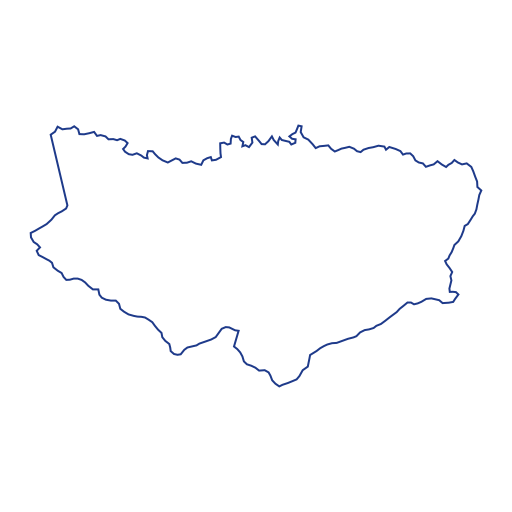 Boa Esperança do Sul, São Paulo, Brazil (Mercator projection)
{"feature_id": "56859067B58098151233550", "entity_name": "Boa Esperança do Sul", "entity_type": "district", "adm_level": 2, "iso_a3": "BRA", "parent_name": "Brazil", "parent_adm1": "São Paulo", "projection": "mercator", "projection_center": [-48.46, -21.949], "detail": "fine", "context": "isolated", "style": "outline", "palette": "blue", "viewbox_px": 512, "rotation_deg": 0, "n_neighbors": 0, "source": "geoboundaries", "source_scale": "gbopen_adm2", "svg_char_len": 3691}
<svg xmlns="http://www.w3.org/2000/svg" viewBox="0 0 512 512"><path d="M331.1,148.8L328.3,145.4L323.9,145.9L319.6,146.3L315.7,148.1L312.7,144.3L308.3,139.6L303.6,137.3L300.7,132.1L301.6,126.3L298.4,125.6L296.8,129.6L295.5,132.6L292.4,134.1L289.4,136.4L292.1,138.8L295.6,139.3L295.3,142.8L291.3,144.5L289.3,141.8L285.9,141.0L281.8,140.0L279.7,137.5L278.2,141.1L277.8,144.5L273.7,140.0L271.9,136.4L268.4,141.2L265.0,144.3L261.6,144.1L259.1,141.0L255.1,136.4L251.7,137.7L252.4,142.6L249.0,147.1L245.4,145.2L242.4,146.3L243.3,142.0L240.5,140.0L238.7,136.6L235.6,137.0L232.1,135.7L230.9,138.9L230.6,143.6L227.4,144.5L224.1,142.6L220.2,143.3L220.3,148.7L220.5,153.4L221.0,157.1L216.0,159.8L211.9,160.4L210.8,157.1L207.2,158.2L203.4,160.3L201.2,164.8L195.9,163.6L191.2,161.3L187.0,162.7L182.4,162.9L179.5,159.6L175.7,158.4L167.8,162.5L162.5,160.3L158.3,157.4L155.0,154.1L152.7,151.3L148.0,151.1L146.9,155.2L147.6,158.4L143.9,157.6L141.2,155.5L136.8,153.3L132.5,154.8L128.8,154.2L125.0,151.7L123.1,149.0L125.5,146.6L127.6,143.1L124.8,140.5L120.3,138.9L117.1,140.2L113.3,139.1L108.5,139.3L105.5,136.4L100.6,135.1L97.0,135.9L94.1,131.9L89.3,133.2L84.1,134.3L79.4,134.1L78.1,129.3L74.2,126.3L70.6,128.5L66.9,128.7L62.4,129.3L57.6,126.7L55.0,131.7L50.7,134.7L67.4,205.4L66.1,208.5L61.7,211.4L58.1,213.2L54.9,215.3L51.4,219.7L46.6,224.1L42.4,226.6L39.2,228.4L35.1,230.8L30.7,233.0L31.0,237.4L33.7,242.0L37.2,244.3L40.0,247.4L36.7,250.8L38.7,255.1L42.5,257.0L46.5,259.2L49.4,260.7L52.0,262.8L53.4,267.3L57.7,270.7L61.6,273.0L63.6,277.0L66.3,279.9L69.9,279.7L73.7,278.6L77.7,278.6L81.6,279.9L85.1,282.4L88.3,285.8L92.9,289.4L98.3,289.4L99.4,294.7L101.8,297.7L105.9,299.7L110.9,300.6L115.8,300.6L119.0,303.8L120.3,308.8L124.0,311.7L128.5,314.4L133.8,315.9L137.4,316.6L141.3,316.8L145.0,317.5L148.5,319.6L152.3,322.2L154.8,325.7L158.0,329.6L161.5,332.9L162.3,337.2L165.3,340.9L169.3,344.0L170.2,347.5L170.7,351.1L174.0,354.0L177.5,354.8L180.7,354.3L184.3,349.8L187.4,347.5L191.7,346.5L196.5,345.4L199.4,343.6L205.2,341.6L211.2,339.5L215.7,337.1L221.7,328.8L225.7,327.1L229.2,327.4L235.1,330.3L238.6,330.8L234.0,346.5L237.3,349.1L240.2,352.4L242.4,356.4L243.9,361.4L246.9,364.3L251.2,365.7L255.4,367.7L259.1,370.6L264.7,370.2L268.6,372.4L270.4,375.6L272.2,380.3L275.4,383.7L279.3,386.4L282.5,384.8L287.9,383.0L292.3,381.2L296.6,379.4L299.4,376.1L302.7,370.2L307.8,366.6L309.4,358.7L310.1,355.0L316.6,351.0L320.2,348.2L323.9,346.1L327.3,344.5L332.0,343.2L336.7,342.9L348.0,338.8L353.5,337.4L356.4,336.2L360.1,332.4L364.7,330.1L369.0,329.4L373.6,328.0L376.4,325.8L380.9,324.0L385.1,320.9L389.8,317.2L393.3,314.6L396.7,312.1L399.7,308.8L403.5,305.8L407.5,302.5L410.9,302.5L414.0,304.3L417.7,303.4L421.4,301.8L426.2,298.9L431.4,298.4L435.4,299.3L439.2,300.2L442.6,303.1L448.8,302.7L453.2,301.9L455.1,298.9L458.4,294.5L455.9,292.1L452.9,291.8L449.8,291.9L449.4,288.6L451.4,280.4L450.4,276.1L452.2,272.0L449.4,267.8L446.7,264.4L445.1,261.0L448.3,258.6L449.6,255.4L451.6,252.2L453.2,248.4L454.4,245.0L458.3,241.4L461.3,236.2L463.4,230.8L464.7,225.9L467.8,224.1L470.6,219.8L472.8,216.2L474.8,213.7L476.4,209.4L477.3,204.6L478.4,199.7L479.3,195.0L481.3,190.5L477.4,187.0L477.1,181.5L475.2,176.7L473.3,171.4L471.3,166.9L466.7,163.4L462.0,164.4L457.9,162.5L454.4,160.0L451.7,163.0L448.4,164.8L446.1,167.0L441.8,164.5L437.5,161.2L433.7,164.4L430.3,165.3L425.9,166.8L422.9,163.4L418.8,162.5L415.4,160.4L413.2,156.2L410.2,153.4L406.2,153.5L403.0,154.6L400.4,151.1L395.7,149.0L389.3,147.0L386.0,149.7L384.4,146.6L378.5,145.7L373.2,147.2L368.6,148.0L363.5,149.7L360.6,152.1L357.0,151.2L354.0,148.7L349.3,146.8L344.9,147.9L341.5,148.6L338.2,150.1L334.8,151.5L331.1,148.8Z" fill="none" stroke="#1e3a8a" stroke-width="2"/></svg>